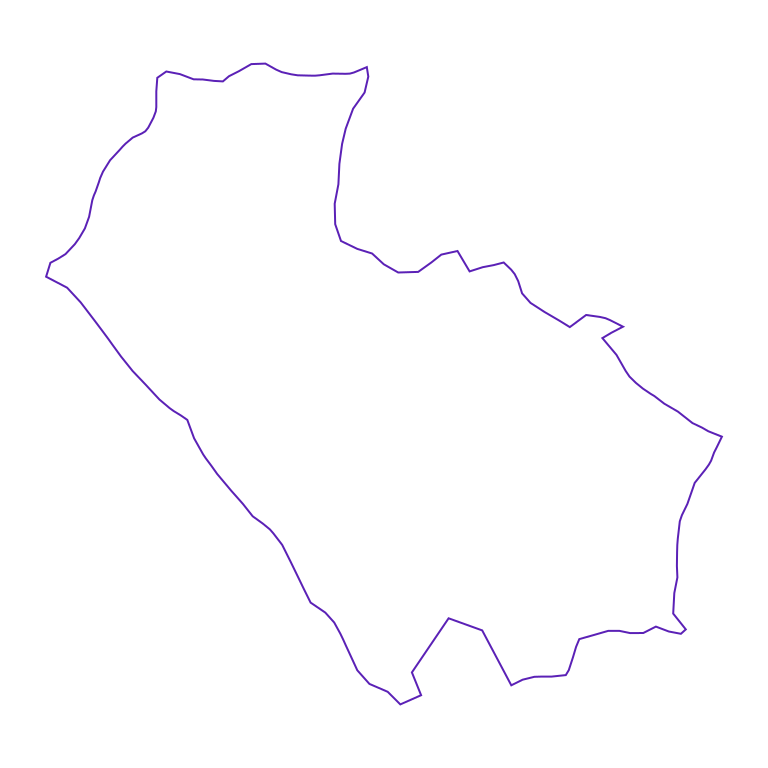 Kitutu Chache South, Nyanza, Kenya
{"feature_id": "3690345B32421349480810", "entity_name": "Kitutu Chache South", "entity_type": "district", "adm_level": 2, "iso_a3": "KEN", "parent_name": "Kenya", "parent_adm1": "Nyanza", "projection": "mercator", "projection_center": [34.755, -0.617], "detail": "fine", "context": "isolated", "style": "outline", "palette": "violet", "viewbox_px": 768, "rotation_deg": 0, "n_neighbors": 0, "source": "geoboundaries", "source_scale": "gbopen_adm2", "svg_char_len": 2280}
<svg xmlns="http://www.w3.org/2000/svg" viewBox="0 0 768 768"><path d="M387.7,691.8L400.3,704.4L421.1,695.2L411.9,672.4L448.6,618.3L482.2,630.4L511.3,685.3L522.6,679.7L534.4,676.8L541.5,676.6L551.5,676.6L565.8,675.1L568.8,670.1L573.0,657.2L576.1,646.8L579.3,639.1L593.5,635.1L608.1,630.9L619.6,630.9L625.4,632.1L630.2,633.1L643.3,633.0L655.9,626.6L668.8,631.5L680.9,633.8L685.8,629.4L673.2,613.6L674.3,593.1L677.4,577.4L676.9,565.9L677.1,551.7L677.3,544.9L677.8,538.6L679.8,521.3L681.9,515.2L687.4,503.9L692.7,488.7L694.7,482.9L705.6,469.2L708.9,464.6L711.1,460.7L714.1,452.5L716.9,447.0L721.9,436.7L708.2,431.2L702.0,427.6L692.5,423.1L677.9,411.6L664.3,403.7L654.3,396.0L650.6,393.8L642.9,388.6L635.8,382.8L629.5,376.6L625.7,371.0L616.5,354.9L602.4,338.1L611.3,332.8L623.0,326.7L610.0,320.1L605.5,318.2L599.7,316.9L586.1,315.0L569.8,327.1L559.1,320.5L544.4,311.9L530.5,302.9L522.1,293.4L518.2,281.1L514.7,274.1L511.2,269.7L503.7,262.5L493.7,265.1L482.7,267.2L469.6,271.4L457.5,251.0L441.3,254.6L431.3,262.5L418.2,271.9L398.2,272.5L383.8,264.3L372.1,253.5L357.3,248.9L341.0,241.0L335.2,224.2L334.7,203.7L338.4,184.3L339.4,163.8L342.1,143.9L345.7,128.7L353.1,108.7L364.6,92.5L368.3,76.6L366.8,67.1L362.1,69.1L353.9,72.5L349.9,73.6L345.7,73.8L332.6,73.6L319.5,75.3L314.8,75.7L309.0,75.6L297.7,75.3L291.2,74.3L281.7,72.1L276.1,69.6L265.4,63.6L251.3,64.1L238.9,71.2L229.0,76.2L222.9,81.4L214.0,80.9L202.9,79.5L193.6,79.3L179.9,74.1L166.3,71.5L162.6,74.1L157.3,77.8L156.3,91.4L156.3,107.1L155.8,111.4L153.4,117.8L148.2,127.7L145.3,131.3L141.9,133.4L132.7,137.6L125.6,143.6L122.7,146.5L119.5,150.1L110.1,160.2L103.0,171.6L100.2,178.0L98.9,182.1L95.6,191.5L93.9,195.4L92.3,200.2L89.1,216.8L84.9,228.4L79.2,238.1L74.8,244.2L65.5,254.1L58.1,258.7L50.4,262.8L46.1,276.7L67.1,287.7L80.7,302.4L94.3,320.2L102.2,330.7L108.5,339.2L112.2,344.4L121.0,356.5L132.7,371.1L145.3,384.3L159.4,399.5L169.6,408.1L173.6,411.0L180.8,415.4L187.3,419.9L194.1,438.3L203.2,454.5L205.7,458.2L211.3,465.7L217.2,474.0L231.3,490.8L242.9,503.9L252.7,516.3L262.7,523.5L269.9,529.4L273.3,533.3L282.2,544.9L290.6,561.7L298.0,576.9L303.8,588.9L310.6,602.6L325.3,612.6L334.2,622.5L340.3,633.6L343.1,639.4L345.9,645.6L351.5,657.7L357.3,670.3L369.4,683.9L387.7,691.8Z" fill="none" stroke="#5b21b6" stroke-width="2"/></svg>